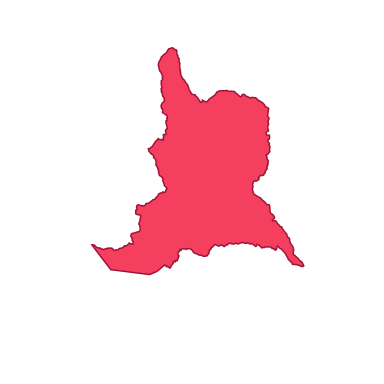 Tarata, Tacna, Peru, rotated 142°
{"feature_id": "86281439B57455266090466", "entity_name": "Tarata", "entity_type": "district", "adm_level": 2, "iso_a3": "PER", "parent_name": "Peru", "parent_adm1": "Tacna", "projection": "equal_earth", "projection_center": [-69.943, -17.407], "detail": "fine", "context": "isolated", "style": "filled", "palette": "rose", "viewbox_px": 384, "rotation_deg": 142, "n_neighbors": 0, "source": "geoboundaries", "source_scale": "gbopen_adm2", "svg_char_len": 6062}
<svg xmlns="http://www.w3.org/2000/svg" viewBox="0 0 384 384"><g transform="rotate(142 192 192)"><path d="M80.2,210.6L80.5,211.9L81.3,213.3L81.6,214.4L81.2,216.5L81.5,219.3L82.0,220.0L82.6,221.9L83.4,222.6L83.4,223.1L83.1,223.1L83.7,225.9L83.7,227.0L86.5,229.6L88.6,230.7L89.5,233.2L90.4,233.9L90.6,236.5L91.1,237.3L92.9,237.7L94.5,236.7L95.1,236.9L95.5,237.9L96.0,240.9L96.6,242.9L96.7,244.8L97.4,245.9L98.6,246.6L99.1,247.5L100.6,248.2L101.6,249.4L101.8,250.4L102.2,250.8L103.4,251.3L108.1,254.8L110.8,255.4L114.2,254.3L121.2,254.6L123.0,254.3L124.1,253.7L125.1,254.3L126.1,255.4L127.3,258.0L128.7,256.6L130.1,257.4L129.5,263.1L130.0,265.0L129.6,266.4L131.8,269.0L131.8,270.3L131.2,274.8L130.4,276.4L129.5,279.3L129.6,281.9L129.2,284.9L129.5,286.7L129.1,290.1L128.5,291.6L127.4,293.1L124.7,298.1L123.6,299.6L122.6,300.4L121.5,303.4L120.0,305.1L120.2,306.4L119.8,307.5L119.1,308.3L119.0,309.9L118.2,311.4L117.1,312.3L117.0,313.9L117.9,315.0L118.2,316.7L118.8,317.9L122.3,319.1L127.0,317.4L129.2,317.6L133.2,317.2L134.2,316.4L135.3,316.1L135.9,315.4L136.9,315.3L138.5,314.5L140.2,313.1L142.9,307.4L142.8,305.4L143.6,302.2L144.1,300.9L145.1,300.5L146.0,298.5L147.7,298.6L148.8,297.3L149.2,296.2L149.8,296.1L151.4,292.9L152.9,292.4L153.2,290.7L154.2,290.5L154.7,288.5L156.1,285.3L155.9,283.1L156.8,282.5L157.3,281.1L157.8,280.6L160.8,280.4L163.1,279.2L164.4,277.0L164.3,275.2L166.4,272.6L165.8,271.5L164.6,266.9L165.4,266.1L166.5,265.8L167.3,263.9L168.9,264.0L170.2,262.0L171.9,257.9L172.5,257.2L173.5,257.4L175.2,256.7L176.6,253.5L177.3,253.5L179.0,255.0L179.8,254.3L179.9,253.1L181.2,252.6L182.1,251.0L182.7,250.6L183.1,250.7L183.4,252.0L185.1,253.0L185.8,254.9L186.4,254.5L188.6,254.5L191.6,253.7L195.2,252.3L196.8,252.5L197.9,252.2L199.8,253.0L200.8,250.7L200.7,247.2L199.9,244.9L200.2,243.6L201.1,242.9L200.7,240.7L200.7,239.9L201.6,238.4L202.0,237.3L203.8,235.6L203.9,233.0L204.7,231.2L204.8,230.1L205.4,229.0L206.0,228.7L206.3,227.4L207.3,226.0L207.3,224.4L206.6,223.1L206.7,221.6L206.4,220.4L207.6,219.5L208.1,218.7L209.2,215.1L209.8,214.2L209.4,210.7L209.6,210.2L211.4,209.6L212.4,208.7L214.1,208.5L214.8,210.0L216.1,209.5L217.0,210.4L218.3,210.8L219.9,210.9L221.6,209.9L224.3,209.7L225.6,209.0L227.4,209.9L232.6,209.8L235.5,211.2L237.3,210.3L238.6,210.7L239.2,211.6L240.9,212.9L241.3,214.0L242.6,215.2L243.7,215.2L245.0,214.3L245.7,212.3L247.2,212.3L247.9,211.9L249.7,209.5L249.4,208.4L247.2,205.9L247.0,204.7L249.2,203.0L249.6,202.2L253.3,199.8L253.7,199.3L253.8,198.1L254.7,196.1L256.0,194.2L258.0,193.3L260.0,194.3L263.6,195.5L264.5,196.3L266.3,196.0L267.4,194.8L267.4,193.8L268.3,191.4L269.0,190.5L269.1,188.9L270.4,187.4L271.8,188.5L273.0,190.5L274.0,190.0L274.9,190.1L275.9,189.9L277.0,190.2L277.8,190.8L278.4,190.7L278.8,191.2L280.2,190.7L280.9,190.9L281.4,190.8L283.3,191.9L284.6,192.3L285.6,191.9L286.6,192.3L287.4,193.2L288.7,193.2L289.4,194.4L289.6,196.7L290.6,198.0L292.3,199.0L293.0,199.8L293.9,199.8L295.7,200.7L296.9,200.9L298.0,202.5L298.5,202.7L298.7,203.5L298.6,204.0L299.1,204.2L299.5,205.1L300.4,205.8L301.4,207.6L301.5,210.0L302.4,210.9L302.6,211.6L303.5,212.0L303.8,180.8L276.3,153.1L269.0,151.1L265.9,151.0L258.7,151.4L257.9,149.8L258.1,149.0L256.9,148.3L257.0,147.4L256.3,146.4L256.3,145.7L255.9,145.6L255.0,145.8L253.6,147.0L252.3,146.8L251.1,147.5L250.4,147.5L249.9,148.2L249.4,147.9L248.9,148.3L248.1,147.4L247.3,148.3L246.2,146.9L245.8,146.9L244.7,148.0L243.6,148.1L242.5,149.3L241.6,149.5L241.5,150.2L241.7,150.9L240.7,152.7L239.2,153.1L238.4,152.9L238.4,153.5L237.7,153.4L236.7,154.1L236.3,152.9L235.4,153.3L234.5,153.1L232.0,150.9L231.7,150.1L230.4,150.2L228.8,148.9L228.2,147.8L227.7,146.0L228.0,143.1L226.9,141.0L226.0,140.0L225.6,138.5L224.5,137.1L223.6,136.6L223.2,135.7L223.0,134.8L221.5,133.5L219.4,132.4L218.8,132.5L218.4,133.1L216.6,133.0L215.5,134.5L214.4,134.7L214.1,135.6L212.2,135.3L210.8,136.5L210.0,136.1L208.8,136.0L207.6,136.5L206.2,136.5L204.2,132.8L201.5,132.2L200.8,131.1L200.5,129.5L199.9,129.0L197.9,129.3L196.7,128.9L196.6,128.5L196.1,128.7L194.0,128.6L193.2,127.8L192.6,126.6L191.1,125.2L189.2,124.8L187.7,122.7L183.8,121.5L183.5,120.9L182.8,120.7L181.8,118.9L179.2,117.2L178.8,116.7L178.7,115.9L178.4,115.4L176.4,114.1L175.3,109.8L174.8,109.7L173.4,110.8L172.9,110.7L171.8,108.2L171.8,107.4L171.4,106.8L171.6,105.5L171.3,104.8L170.2,104.6L169.3,103.7L168.4,103.9L165.4,101.4L164.6,101.2L163.8,99.7L163.7,98.6L163.2,98.2L163.4,98.0L162.5,97.1L162.6,96.4L162.3,95.3L161.8,94.8L161.6,94.7L161.4,95.5L160.9,95.5L160.7,94.9L160.0,95.3L159.2,96.5L157.9,96.7L157.6,95.3L157.5,93.8L156.5,91.1L156.7,90.6L156.3,87.0L156.4,84.9L156.7,84.4L157.0,81.7L157.6,79.5L156.9,74.5L157.4,73.1L156.3,72.3L153.8,69.7L152.4,67.9L152.2,66.8L151.8,66.2L150.5,65.1L149.6,64.9L149.2,65.3L148.5,69.4L149.3,71.3L149.3,73.7L150.0,78.4L150.4,79.6L150.4,80.7L149.4,82.1L147.6,83.6L146.8,85.1L146.1,87.2L146.1,90.5L145.1,93.4L143.9,95.0L143.9,96.4L144.5,98.0L143.3,100.4L143.5,105.8L143.3,107.9L142.9,108.8L142.9,109.4L143.6,110.5L143.9,111.3L143.7,112.6L144.1,114.6L143.7,117.2L144.6,118.6L145.9,119.3L146.2,120.1L145.7,120.6L143.2,120.6L142.4,121.5L142.2,124.4L143.0,126.1L143.0,127.3L141.9,129.6L139.1,133.6L139.0,134.2L139.1,134.8L140.4,135.6L140.7,136.1L140.9,139.7L141.6,142.4L141.7,145.2L142.7,147.1L144.5,152.2L144.0,154.4L143.3,155.5L142.6,157.3L140.6,158.7L139.5,160.8L136.9,162.3L135.4,162.2L135.4,161.7L134.9,161.2L134.1,160.9L132.0,160.6L130.9,161.3L130.7,162.6L129.5,162.4L128.2,163.1L126.4,161.6L125.1,161.2L124.2,162.0L122.7,161.9L121.6,163.3L120.5,163.4L119.4,164.0L118.7,163.9L118.3,164.4L118.1,165.2L117.4,165.5L117.2,166.0L116.8,165.8L115.9,166.7L114.8,167.1L114.3,168.2L113.7,168.6L112.8,169.9L112.6,169.9L112.4,172.3L111.6,173.1L110.8,175.4L109.2,175.0L107.9,175.6L106.0,175.8L103.8,178.8L102.6,179.6L102.6,181.4L101.2,182.4L100.9,185.8L99.5,186.4L98.3,186.2L96.4,188.2L96.1,189.1L97.6,190.5L98.0,191.2L97.6,192.8L96.7,193.4L93.9,193.1L93.1,195.6L91.3,197.7L90.0,198.1L89.1,200.0L88.1,201.2L86.3,202.2L85.7,203.3L85.7,204.7L85.3,205.8L80.2,210.6Z" fill="#f43f5e" stroke="#9f1239" stroke-width="1.5"/></g></svg>